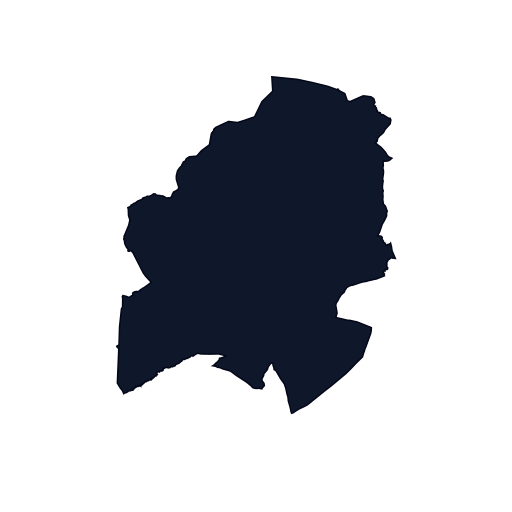 Sør-Aurdal nor, Oppland, Norway, rotated 67°
{"feature_id": "86288312B19107162508437", "entity_name": "Sør-Aurdal nor", "entity_type": "district", "adm_level": 2, "iso_a3": "NOR", "parent_name": "Norway", "parent_adm1": "Oppland", "projection": "orthographic", "projection_center": [9.715, 60.667], "detail": "fine", "context": "isolated", "style": "filled", "palette": "ink", "viewbox_px": 512, "rotation_deg": 67, "n_neighbors": 0, "source": "geoboundaries", "source_scale": "gbopen_adm2", "svg_char_len": 6129}
<svg xmlns="http://www.w3.org/2000/svg" viewBox="0 0 512 512"><g transform="rotate(67 256 256)"><path d="M331.0,431.5L330.7,430.9L331.1,429.0L331.0,427.9L330.6,427.1L330.8,426.9L330.4,426.0L330.9,424.7L330.8,424.0L331.0,423.9L331.0,423.0L331.3,422.1L331.2,421.9L331.3,421.6L330.7,421.5L330.7,421.1L330.4,420.8L330.6,420.1L330.2,420.0L330.3,419.9L329.9,419.2L330.1,418.7L329.7,418.0L329.8,417.7L329.5,417.6L329.8,417.5L329.6,416.9L329.8,416.4L329.3,415.9L329.5,415.1L330.0,415.0L329.8,414.6L330.5,413.5L330.1,413.3L330.6,413.0L330.2,412.9L330.5,412.7L330.1,412.4L330.2,411.8L329.7,411.6L329.9,411.4L329.8,411.1L329.9,410.6L329.2,410.5L329.1,409.7L329.4,409.1L328.7,408.3L328.8,408.0L328.6,407.4L328.8,406.6L328.3,406.1L328.7,405.5L328.3,403.5L328.7,403.4L328.4,402.7L328.7,401.8L328.5,401.4L329.1,401.0L328.6,399.8L327.8,400.1L327.7,398.9L328.2,398.3L328.1,397.9L327.1,396.2L327.1,395.8L327.4,395.0L326.7,394.7L326.9,394.1L326.6,393.1L325.0,393.3L324.5,392.8L324.2,391.8L324.2,391.2L325.1,390.2L324.5,389.5L324.8,388.1L325.2,387.6L324.8,386.8L324.9,386.2L322.9,385.1L323.6,384.5L323.4,382.9L323.5,382.1L324.7,380.5L325.1,379.2L325.1,378.8L324.8,377.8L324.9,376.8L325.2,376.5L325.0,376.1L325.4,375.7L325.2,375.1L325.5,373.6L324.4,371.8L324.6,371.0L324.6,368.7L324.3,367.6L323.6,366.6L323.9,365.7L323.2,364.7L322.7,363.5L323.3,362.2L323.1,360.9L323.4,359.2L323.2,356.1L322.7,355.4L322.7,354.1L323.1,353.5L323.1,353.2L323.6,353.1L323.1,351.4L323.0,350.0L322.7,349.4L322.7,348.4L323.4,346.7L324.7,344.9L328.5,336.3L331.6,328.6L336.0,322.8L336.1,324.4L336.4,325.1L336.4,326.4L336.2,327.1L336.4,328.2L335.8,329.0L335.9,329.5L337.8,331.1L337.8,331.7L338.4,332.8L339.0,335.1L339.3,335.4L339.3,335.8L340.1,337.6L340.2,338.6L341.8,336.2L343.6,334.7L344.4,333.1L347.0,330.6L351.4,325.1L352.9,323.9L358.4,320.7L368.5,313.9L373.9,311.1L375.9,310.5L377.2,309.0L378.4,306.7L378.7,305.4L380.6,302.5L379.7,301.5L378.9,299.5L378.4,298.9L376.4,298.4L373.2,299.1L372.2,299.0L371.0,298.1L369.0,295.6L367.6,295.0L365.5,290.8L364.7,289.7L362.8,288.1L361.0,285.2L360.5,283.0L361.7,282.4L363.0,283.0L365.9,283.2L367.7,283.7L368.9,282.7L369.7,282.4L378.4,281.3L384.9,279.9L389.1,280.2L395.9,281.5L398.0,281.6L402.1,282.9L408.9,283.7L412.6,284.5L414.6,284.7L414.8,284.1L414.8,282.6L414.4,281.2L413.6,276.2L413.4,270.3L413.1,266.9L407.1,245.9L405.0,237.8L399.4,219.3L396.8,212.7L393.7,205.6L390.5,197.4L387.4,194.9L385.9,193.4L383.8,191.9L383.5,191.3L372.0,180.6L369.6,179.0L367.0,177.8L356.2,188.7L351.8,194.9L351.5,195.8L350.0,198.1L343.8,206.5L340.1,203.6L332.4,201.8L330.7,200.5L328.6,197.5L327.4,196.2L325.0,192.7L323.8,189.0L322.4,187.6L320.5,184.8L320.2,182.9L320.1,180.4L320.7,178.2L320.8,175.7L321.0,174.3L321.2,170.7L321.6,167.9L322.5,164.2L322.7,161.9L323.4,158.4L323.5,157.3L324.2,154.0L324.4,145.5L323.0,145.5L322.7,144.8L321.4,145.2L320.9,145.0L320.8,145.3L320.6,145.5L319.9,144.2L320.0,143.8L319.8,143.5L320.2,143.1L319.0,142.4L319.6,140.5L319.3,139.8L318.0,139.3L317.0,139.9L316.5,139.9L316.1,139.3L315.3,139.2L314.6,138.6L313.7,138.8L313.8,138.5L312.8,137.9L312.5,137.2L311.7,136.6L311.2,135.5L310.9,134.6L311.0,134.2L310.3,132.4L311.5,130.9L311.4,130.4L311.6,130.1L312.1,129.7L312.7,128.7L304.3,128.7L300.1,127.6L296.8,127.1L297.2,127.7L297.0,128.4L297.3,129.3L296.9,129.9L297.2,131.3L297.2,131.9L294.6,132.2L293.6,133.0L291.5,133.0L289.3,133.5L289.1,133.0L288.3,132.6L287.0,132.8L286.1,133.9L285.0,136.0L283.1,134.1L282.7,133.3L276.0,127.3L273.4,123.8L270.1,120.1L267.2,118.9L266.1,117.7L260.7,117.4L258.0,118.4L253.7,117.3L251.0,115.9L247.3,114.6L245.6,113.3L244.3,113.4L241.9,112.7L237.5,110.3L237.1,109.8L234.6,109.3L229.4,106.2L227.0,105.2L224.6,104.9L222.6,103.5L218.7,102.1L218.8,101.3L219.9,98.0L220.1,96.0L219.1,92.7L216.8,94.9L214.9,95.8L211.1,96.3L207.1,97.6L204.5,98.6L200.6,100.9L198.2,101.7L197.9,99.8L195.3,98.1L193.8,95.4L193.2,93.3L192.2,90.5L189.9,87.6L186.8,80.9L183.5,78.7L181.6,78.7L181.4,79.0L181.4,79.8L175.5,83.9L175.4,84.2L175.4,85.0L174.6,85.5L172.6,85.7L171.3,87.4L170.4,88.1L170.1,88.1L169.6,87.5L168.5,87.9L166.8,87.3L164.8,88.1L164.5,87.7L164.2,88.4L163.4,88.6L162.4,88.2L161.1,86.5L157.2,86.1L154.4,87.9L151.0,93.6L150.4,95.1L150.6,109.0L148.9,111.3L141.2,110.8L135.4,115.5L134.8,115.0L134.3,115.5L134.8,116.1L127.9,123.6L119.8,134.4L110.7,147.2L109.2,149.5L97.2,171.4L110.8,176.2L116.2,190.2L127.3,202.9L126.6,213.7L125.9,220.9L121.4,228.7L121.9,242.9L122.3,243.6L122.9,243.8L122.9,244.2L122.5,244.5L122.7,245.0L123.1,245.5L124.0,245.7L124.6,247.3L125.3,247.6L125.4,248.7L126.4,249.6L135.4,255.4L137.7,265.0L140.8,271.4L140.4,273.1L138.5,278.8L139.1,279.5L138.9,280.9L139.3,281.7L139.4,282.5L140.8,283.6L141.1,286.3L142.5,287.6L142.7,288.3L143.9,289.2L145.1,292.1L146.9,294.9L150.0,297.3L151.6,298.3L154.5,299.4L162.0,300.2L163.3,300.6L164.1,301.6L164.7,303.9L164.8,306.5L165.0,307.0L166.4,308.8L168.1,310.3L168.9,311.9L168.8,312.9L168.0,314.1L168.0,315.0L167.5,315.9L164.8,317.8L163.9,318.9L163.6,320.1L162.9,320.6L161.1,323.9L159.6,324.4L158.8,325.9L158.9,327.0L159.3,328.3L159.4,330.3L159.1,331.8L158.7,332.2L158.4,333.0L158.9,334.3L158.5,335.6L158.5,337.1L158.4,337.6L159.1,338.2L159.3,339.3L159.2,343.2L159.6,345.0L160.1,345.3L159.9,346.2L160.0,346.8L159.8,348.3L160.5,349.1L160.3,349.6L160.5,350.1L160.3,350.7L160.3,351.1L161.0,351.5L161.2,352.5L161.5,352.7L161.3,353.7L161.4,355.1L163.0,355.3L169.1,357.6L173.5,358.0L177.9,361.1L186.5,369.9L187.6,370.2L188.6,371.1L191.2,371.2L191.6,371.6L192.8,371.7L193.5,372.0L197.6,371.8L199.6,371.1L200.4,371.2L201.1,371.9L201.8,371.6L202.1,370.6L202.0,370.0L202.4,368.9L204.7,368.0L227.6,366.4L231.5,365.5L239.2,362.7L240.9,368.9L240.8,369.4L241.5,371.5L241.3,372.6L241.6,372.9L241.9,375.7L242.3,376.1L242.4,377.1L242.9,377.9L242.6,378.9L242.0,379.4L242.0,380.4L241.4,381.7L241.7,382.3L241.6,383.4L242.4,384.3L243.9,384.6L244.1,385.1L244.0,386.1L244.5,388.7L244.2,389.4L242.6,391.0L240.4,393.9L241.1,394.9L243.0,395.3L250.6,398.7L252.2,400.6L267.9,409.3L284.6,417.0L284.4,417.8L284.7,418.2L284.5,418.4L284.4,418.8L285.0,419.6L286.5,419.1L287.0,418.2L318.8,433.3L324.5,432.5L327.6,431.6L331.0,431.5Z" fill="#0f172a" stroke="#020617" stroke-width="1.5"/></g></svg>